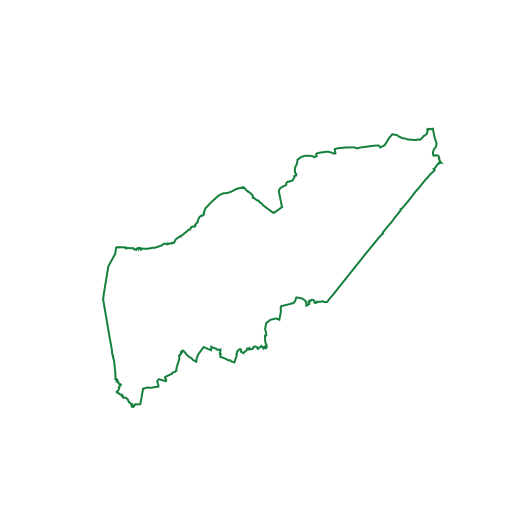 the district of Mueang Samut Songkhram, Samut Songkhram, Thailand, rotated 204°
{"feature_id": "78962969B53970702814040", "entity_name": "Mueang Samut Songkhram", "entity_type": "district", "adm_level": 2, "iso_a3": "THA", "parent_name": "Thailand", "parent_adm1": "Samut Songkhram", "projection": "mercator", "projection_center": [99.999, 13.396], "detail": "fine", "context": "isolated", "style": "outline", "palette": "green", "viewbox_px": 512, "rotation_deg": 204, "n_neighbors": 0, "source": "geoboundaries", "source_scale": "gbopen_adm2", "svg_char_len": 6099}
<svg xmlns="http://www.w3.org/2000/svg" viewBox="0 0 512 512"><g transform="rotate(204 256 256)"><path d="M146.2,444.2L147.5,443.0L148.7,443.0L149.3,442.2L150.4,442.2L151.0,441.8L150.9,441.4L150.0,440.0L150.1,439.3L149.6,437.1L150.8,434.7L151.5,434.1L152.6,430.6L153.2,429.3L153.6,428.8L155.5,428.3L156.3,427.5L158.6,426.3L159.9,426.0L162.5,424.9L164.6,424.2L168.0,423.9L170.6,423.1L172.1,423.3L174.3,423.2L175.8,423.7L177.1,423.8L179.1,423.0L181.0,422.7L182.5,417.6L183.2,411.3L183.6,410.1L183.6,409.3L186.7,405.7L188.2,406.8L189.3,406.7L193.5,404.5L205.2,397.3L207.3,395.4L209.3,395.4L211.6,394.7L217.4,392.0L223.7,388.5L225.7,387.3L227.5,385.6L227.4,385.1L225.2,382.1L226.3,381.2L228.7,381.2L232.6,380.6L234.2,379.8L239.4,376.6L242.1,374.5L242.4,373.9L242.4,373.2L241.2,372.0L241.7,371.2L242.7,370.5L242.8,370.0L244.5,370.2L246.3,369.9L251.4,367.8L253.0,366.7L254.9,364.9L257.2,360.9L256.7,359.4L256.1,356.1L256.3,353.7L256.1,351.6L254.2,348.0L252.6,347.3L252.2,346.8L252.3,345.5L253.2,345.2L253.5,344.7L252.9,343.3L253.3,342.3L253.2,339.9L254.8,338.6L255.4,338.4L255.9,337.3L257.2,336.9L258.0,334.8L257.4,333.7L257.4,333.0L260.0,330.1L261.3,327.9L261.7,326.5L261.6,324.9L260.9,323.6L252.7,312.0L252.0,311.5L257.1,302.7L258.1,303.0L258.6,302.6L269.8,305.1L271.8,306.1L275.6,307.0L276.1,307.5L276.9,307.6L277.7,307.3L281.1,308.1L282.4,307.9L282.9,308.3L283.0,309.2L283.6,309.8L285.9,310.9L289.3,311.8L289.6,311.5L290.3,311.7L293.7,313.2L294.6,313.0L294.9,313.7L296.4,313.3L296.3,312.5L298.3,311.7L300.0,310.1L300.4,310.1L305.5,303.9L308.4,301.5L311.3,300.0L313.5,297.7L315.1,295.3L319.2,285.9L320.8,280.9L321.5,279.5L321.5,275.7L321.1,274.9L321.4,273.8L320.4,272.8L321.4,270.9L322.6,270.5L322.7,270.1L323.3,269.0L323.6,267.5L323.5,263.8L323.0,263.3L324.3,259.8L323.8,259.4L324.0,258.8L323.7,258.2L324.3,257.8L325.7,257.3L326.6,256.3L327.0,255.4L326.9,253.6L328.1,252.8L329.6,249.3L330.0,249.0L331.8,245.2L332.5,244.1L333.1,243.6L332.9,243.1L333.4,243.0L335.9,238.9L336.2,237.9L336.1,236.4L336.3,234.7L337.8,234.2L338.0,233.8L337.7,233.4L338.0,233.1L338.8,233.1L339.3,232.8L340.6,231.5L341.6,231.7L342.1,230.4L342.6,230.3L343.5,230.6L344.5,230.2L345.9,228.6L346.2,227.5L349.0,225.0L349.1,224.6L352.7,221.8L354.3,221.3L354.7,220.8L358.0,218.5L363.2,216.3L363.7,214.9L364.0,215.0L365.0,216.2L365.7,215.9L365.5,215.6L365.7,215.3L366.7,215.3L366.6,214.6L367.0,215.0L367.4,214.9L368.2,213.8L368.2,212.9L368.5,213.0L370.0,212.4L370.9,213.3L376.6,211.0L377.2,210.4L377.5,210.6L377.8,210.4L377.8,210.9L378.2,211.0L384.7,208.3L385.1,207.8L385.5,207.7L385.8,207.9L386.4,207.6L387.2,206.7L385.5,200.6L386.7,186.5L379.5,159.0L378.6,155.9L378.2,155.3L378.3,154.6L355.0,119.7L349.6,111.8L347.2,107.6L345.6,106.4L345.5,105.3L343.8,103.6L341.7,100.3L341.1,98.8L340.2,98.1L339.8,96.9L336.9,92.0L335.6,89.0L334.7,87.8L334.5,86.3L334.1,86.2L333.2,86.7L332.5,86.7L332.2,86.3L332.6,85.4L332.2,84.7L331.7,85.2L331.0,85.2L330.6,85.0L330.2,84.2L328.8,83.4L328.0,83.7L327.1,83.5L327.4,81.9L328.0,80.6L327.1,79.6L327.3,77.1L327.6,76.0L328.1,75.3L327.6,74.7L326.4,75.1L324.6,74.3L322.4,74.7L322.1,74.4L321.9,73.6L321.4,73.5L321.0,74.1L319.7,72.5L317.4,73.6L314.8,72.8L312.5,70.7L311.1,70.7L309.8,69.7L308.6,70.2L308.3,69.2L308.5,68.1L308.1,67.8L306.5,68.4L306.0,71.5L303.9,72.2L301.4,73.6L305.2,88.9L303.4,90.2L302.1,91.6L299.6,92.3L298.2,93.0L292.0,97.1L292.4,97.9L295.4,101.6L294.5,104.0L287.5,104.9L287.7,106.4L289.3,107.4L289.8,108.3L288.0,110.7L285.3,113.7L284.9,114.4L285.0,115.2L284.2,116.1L283.3,116.7L282.0,119.0L282.6,119.6L283.2,122.3L284.2,130.8L285.1,132.7L285.8,133.6L285.6,134.3L285.0,134.6L285.1,135.8L284.7,136.3L285.5,137.7L285.4,138.0L284.5,138.2L284.9,139.0L284.7,139.7L283.2,139.7L279.0,137.6L276.2,136.6L273.3,136.4L271.4,135.4L267.7,135.1L268.5,138.4L268.8,142.6L266.8,151.5L258.8,151.6L259.9,155.0L257.8,154.7L254.9,155.1L253.2,154.6L250.4,156.1L249.3,151.9L248.3,152.0L247.7,149.4L242.7,149.7L240.4,149.7L239.2,149.4L237.9,149.8L237.3,150.3L235.5,149.6L232.5,150.0L233.0,155.1L233.0,156.5L233.4,157.8L234.2,158.9L234.0,159.8L234.2,160.5L234.3,161.8L233.7,162.4L233.5,163.5L233.0,164.2L232.3,164.6L231.4,164.1L230.7,162.4L229.7,162.4L228.3,162.0L228.2,162.6L227.5,163.0L227.0,164.9L226.4,165.6L226.2,166.8L226.4,167.9L225.1,167.9L224.8,168.9L224.1,168.0L223.6,169.0L222.8,168.7L222.4,168.8L221.0,170.2L221.0,170.6L221.4,171.7L220.6,172.3L220.2,173.1L218.6,173.1L217.6,172.9L216.8,171.9L216.4,171.9L216.1,172.1L216.1,173.2L215.6,174.1L214.7,174.8L214.5,176.0L211.5,174.5L211.4,175.3L211.8,176.0L211.5,176.5L210.4,176.3L209.9,175.6L209.4,175.7L209.2,176.0L209.2,177.4L210.6,178.4L210.3,179.2L212.2,180.8L213.5,182.9L214.7,185.4L215.5,186.8L215.4,187.1L214.4,187.5L214.3,187.9L216.4,191.1L218.0,193.0L219.3,198.7L219.1,199.7L217.8,201.5L217.3,203.0L216.5,203.9L212.4,207.0L211.3,207.2L208.8,207.3L210.4,214.3L210.7,215.5L212.5,219.0L212.5,220.5L205.3,226.0L203.9,227.5L203.3,227.5L202.9,228.0L202.5,228.7L201.9,230.6L202.3,234.6L198.3,235.6L196.4,235.9L194.3,235.6L192.4,234.9L191.5,234.2L190.2,232.2L189.9,231.1L188.8,232.0L188.5,233.2L187.7,234.0L188.0,234.6L189.3,235.2L189.4,235.8L189.0,236.9L187.9,237.0L187.8,238.1L187.5,238.4L186.3,239.1L185.1,239.0L184.4,238.5L183.8,237.2L183.0,237.5L182.2,237.3L182.0,237.6L181.9,239.1L180.4,239.2L179.7,240.0L178.2,240.5L177.2,241.6L176.3,241.8L174.8,241.7L172.9,242.5L172.1,243.1L171.9,245.2L169.9,252.0L156.7,302.7L151.3,322.5L150.2,325.9L149.1,328.3L149.7,329.0L147.1,338.8L146.3,340.9L145.2,345.3L145.1,346.6L143.1,353.6L142.9,355.2L142.4,355.9L143.0,357.6L142.2,358.3L141.8,359.4L139.3,367.9L136.1,381.0L135.1,383.7L131.9,395.9L131.3,396.8L130.3,400.8L127.7,406.9L128.3,407.3L128.4,407.8L128.8,407.5L129.1,407.7L128.6,408.3L127.8,411.5L127.7,412.7L127.0,414.1L127.0,415.2L126.5,416.2L126.2,416.3L125.8,415.7L125.3,416.3L124.8,416.5L125.7,416.8L126.0,417.3L127.5,418.3L127.9,419.2L128.6,419.3L128.5,420.1L129.9,421.6L130.6,421.7L132.2,421.5L132.8,420.6L133.8,420.5L134.6,419.9L135.5,420.7L136.3,422.0L136.9,425.4L136.8,426.3L136.2,428.0L136.0,429.2L136.7,431.8L137.4,432.9L141.1,437.0L146.2,444.2Z" fill="none" stroke="#15803d" stroke-width="2"/></g></svg>